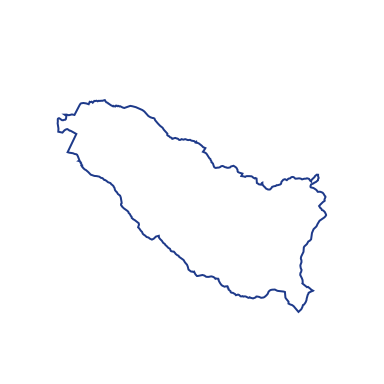 Laslea, Sibiu, Romania (Mercator projection), rotated 297°
{"feature_id": "2599482B51594900445884", "entity_name": "Laslea", "entity_type": "district", "adm_level": 2, "iso_a3": "ROU", "parent_name": "Romania", "parent_adm1": "Sibiu", "projection": "mercator", "projection_center": [24.643, 46.143], "detail": "fine", "context": "isolated", "style": "outline", "palette": "blue", "viewbox_px": 384, "rotation_deg": 297, "n_neighbors": 0, "source": "geoboundaries", "source_scale": "gbopen_adm2", "svg_char_len": 6063}
<svg xmlns="http://www.w3.org/2000/svg" viewBox="0 0 384 384"><g transform="rotate(297 192 192)"><path d="M189.3,318.5L193.4,316.8L194.5,316.8L197.7,318.0L200.7,318.1L202.0,319.0L203.9,319.6L210.0,317.5L214.1,317.2L217.8,318.5L220.6,318.4L224.3,318.7L229.3,321.4L230.8,321.9L232.3,322.0L232.8,321.6L234.4,319.5L235.1,317.4L234.9,315.9L235.7,315.0L236.0,314.2L236.0,313.6L237.2,311.6L239.2,312.1L242.7,313.3L244.2,314.2L244.5,314.2L244.9,313.8L245.6,313.4L248.2,313.2L248.7,312.7L248.8,312.1L250.1,310.1L250.7,308.7L250.5,306.4L249.9,305.0L249.3,304.2L249.3,303.8L250.0,302.6L250.3,301.8L250.6,299.7L250.7,298.3L250.5,297.6L250.1,295.7L250.4,295.2L251.4,294.8L252.8,294.7L254.9,296.4L255.7,296.7L257.1,297.8L259.6,298.9L260.5,298.5L262.0,298.5L263.4,297.1L264.6,296.5L264.1,295.3L262.0,294.4L261.0,294.4L257.3,293.1L256.7,293.1L256.3,292.8L255.5,293.3L255.7,292.3L256.8,290.3L256.6,288.9L256.4,288.2L255.6,287.5L254.8,286.0L253.2,284.3L253.3,282.9L252.8,281.2L251.5,279.3L250.8,278.0L251.3,276.4L251.3,275.4L251.2,275.0L250.6,274.1L249.7,273.5L248.7,273.2L247.7,271.9L245.6,271.1L245.6,269.0L244.4,267.8L241.7,267.1L239.8,267.6L238.8,267.2L236.9,265.2L236.4,264.2L235.3,263.8L234.5,262.6L233.0,261.1L231.2,260.9L229.6,260.3L228.9,259.0L228.7,258.4L228.7,256.1L229.2,255.3L229.8,253.1L230.3,252.3L230.3,251.5L232.2,250.5L231.8,250.2L229.8,250.0L229.2,248.2L229.4,247.1L229.5,245.7L233.3,243.4L233.2,242.1L232.6,241.8L232.6,240.1L233.0,238.6L233.0,237.9L232.0,235.5L231.0,233.6L230.5,233.0L229.6,232.5L229.4,231.1L228.6,228.7L231.3,228.6L230.7,225.2L230.7,223.9L231.3,223.1L232.4,222.5L233.6,220.8L234.0,219.5L234.2,217.1L232.4,215.1L231.1,214.7L229.9,213.1L229.5,212.1L229.5,211.4L229.2,210.5L229.1,209.5L229.2,208.3L229.0,207.3L228.2,206.3L227.1,205.8L226.0,204.9L225.5,204.0L224.2,202.2L224.1,201.0L224.5,200.1L226.9,197.7L227.4,195.8L228.0,195.6L229.1,193.9L229.8,193.3L229.9,192.3L230.3,191.6L232.5,187.9L232.9,186.8L233.0,185.8L232.8,183.5L235.5,183.9L237.2,184.0L237.0,181.6L237.7,179.6L238.4,175.9L238.2,174.4L237.9,173.7L238.5,173.2L237.8,173.0L237.6,172.6L238.2,171.8L238.3,170.8L237.5,168.1L237.6,166.6L236.5,165.0L236.3,164.3L236.1,162.3L235.9,161.8L234.8,160.7L234.3,158.6L233.3,158.1L232.7,157.2L232.6,156.7L233.0,155.5L233.0,154.8L232.7,153.8L232.7,152.8L232.0,151.8L230.5,150.5L230.4,150.1L230.9,149.5L231.0,149.1L230.8,147.6L231.3,146.4L231.2,145.7L231.4,144.3L231.6,144.0L232.8,143.6L234.7,138.6L235.9,136.6L236.5,133.5L237.6,130.4L239.2,126.6L240.4,125.2L240.4,124.1L240.0,123.2L239.9,122.1L239.7,121.2L239.9,118.6L242.1,113.0L242.5,110.6L242.1,103.5L241.3,99.8L240.7,97.9L236.1,93.5L235.8,91.8L235.8,89.1L235.3,88.6L235.4,87.5L234.7,86.9L234.6,86.0L234.5,85.8L234.7,85.6L234.2,84.8L233.4,84.8L233.0,83.6L233.0,82.8L232.5,82.7L232.5,80.3L232.9,77.6L232.8,77.4L233.2,76.2L233.0,75.0L233.7,73.5L234.3,72.6L232.4,70.5L232.1,69.6L231.3,68.6L231.0,67.6L230.0,66.8L230.0,65.5L228.9,64.2L228.8,63.6L226.5,63.0L226.9,61.6L226.0,60.8L225.9,59.9L223.3,60.1L222.9,57.5L222.0,54.8L220.7,53.0L220.1,52.6L218.4,52.4L207.3,52.3L206.6,49.8L204.5,47.4L204.0,45.1L203.1,43.4L202.9,44.9L202.4,45.7L199.8,46.5L198.9,46.3L198.5,45.6L197.5,44.7L197.0,43.7L197.0,43.2L197.4,40.8L197.4,40.0L196.9,39.5L196.3,39.3L195.4,39.6L193.8,40.5L192.2,41.1L187.9,44.2L185.0,45.5L186.1,49.6L188.8,50.3L189.8,50.8L190.9,51.6L191.5,52.5L191.1,55.2L191.4,55.7L191.4,57.2L191.2,62.6L171.0,63.1L171.3,64.7L172.5,68.4L172.6,70.1L173.1,71.8L173.0,72.7L172.0,74.1L168.6,77.9L168.4,77.7L168.5,78.2L168.4,78.4L168.3,78.1L167.9,79.1L167.3,79.6L166.9,80.4L166.9,80.0L166.8,80.6L166.4,81.1L165.8,81.3L165.8,81.7L165.3,81.5L164.9,82.6L164.6,82.7L164.1,84.2L163.9,84.3L163.4,86.2L163.4,87.5L162.7,90.4L161.5,93.9L162.0,97.7L162.9,99.9L163.6,102.4L163.3,104.4L163.7,106.0L162.9,108.4L163.2,108.9L163.1,110.6L162.6,112.7L162.9,115.1L162.8,115.6L162.2,116.7L162.2,117.3L161.7,119.2L161.2,119.7L160.6,120.9L158.8,122.5L158.0,124.0L157.8,125.0L156.6,126.9L156.1,129.6L154.8,131.0L150.8,134.0L150.1,134.4L149.5,134.2L148.7,134.4L147.9,135.0L147.9,135.5L147.3,136.2L146.5,138.7L145.9,142.7L145.5,144.2L144.6,145.0L144.1,146.7L142.9,148.3L142.6,149.3L141.5,150.1L141.3,151.3L141.0,152.0L141.0,153.5L140.0,158.7L138.8,159.6L136.1,160.0L135.5,161.7L134.3,163.9L133.7,165.7L132.5,167.0L132.1,168.3L131.9,170.0L131.3,172.0L131.7,174.0L131.3,175.5L131.4,177.9L133.0,179.1L135.9,180.1L137.9,182.3L136.4,183.3L135.6,184.9L134.9,187.2L133.6,189.5L133.4,191.2L132.7,192.4L132.3,194.0L131.5,196.2L131.4,198.1L129.9,199.9L130.0,201.2L130.6,202.9L130.1,204.3L129.4,205.6L129.0,207.7L129.1,208.9L128.4,210.0L127.6,215.3L126.1,217.7L124.9,220.6L123.6,222.1L121.3,224.1L120.7,227.1L121.0,228.1L121.3,228.5L121.3,229.5L122.0,230.0L120.2,232.4L119.4,234.5L119.8,235.3L122.8,239.0L123.2,241.1L122.9,242.7L123.1,243.7L124.0,245.5L125.1,246.8L125.7,247.8L126.0,249.7L125.8,251.1L125.3,252.2L125.8,252.5L126.2,253.9L126.6,254.6L126.3,255.3L125.3,255.9L123.8,258.0L122.7,260.0L122.3,261.4L122.4,264.0L123.3,265.0L124.1,266.4L123.7,267.0L122.9,267.3L122.7,268.3L121.7,268.8L121.1,271.3L120.3,272.0L120.2,272.4L120.3,273.1L120.7,274.2L120.6,276.0L120.6,276.6L120.0,278.0L121.4,279.5L121.6,280.0L121.6,280.9L121.1,282.6L121.6,283.8L122.2,284.4L122.1,285.2L122.7,285.9L123.3,287.3L123.3,290.1L123.5,290.7L124.4,291.2L124.3,292.1L124.9,294.7L126.9,296.5L128.1,296.8L128.4,297.4L129.0,299.4L129.1,301.6L130.3,303.4L131.2,304.2L133.6,305.2L135.6,305.7L138.0,305.5L139.5,306.0L140.5,306.7L141.3,307.7L142.7,310.1L142.7,312.6L142.9,313.5L144.9,318.9L145.1,320.2L140.3,323.2L139.7,324.2L138.1,327.8L136.4,328.6L136.4,330.7L136.7,332.5L136.4,334.4L133.5,341.3L137.1,342.6L139.5,342.6L141.6,342.2L142.5,342.9L145.1,343.3L147.6,343.1L149.0,342.6L152.9,341.8L154.4,341.9L155.2,341.7L157.8,343.6L158.8,344.6L159.0,344.7L159.1,342.6L159.5,341.4L160.1,338.4L159.4,337.7L160.6,332.1L160.7,331.8L161.5,331.8L163.7,330.5L165.0,329.1L167.2,326.1L169.0,325.4L170.4,325.5L172.3,325.0L173.5,323.5L175.1,322.3L176.0,321.8L179.2,321.4L181.0,320.4L181.6,319.6L182.3,319.1L184.0,318.6L189.3,318.5Z" fill="none" stroke="#1e3a8a" stroke-width="2"/></g></svg>